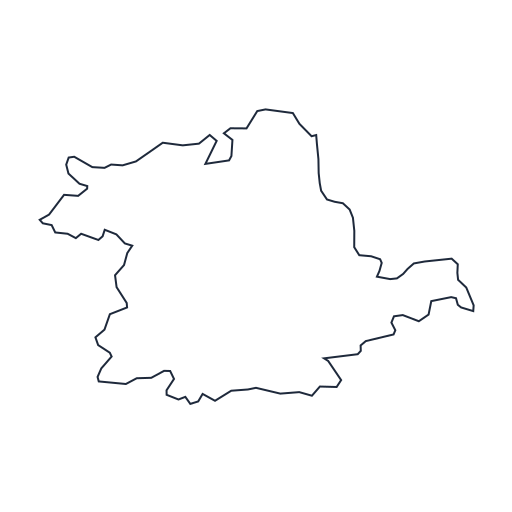 the Administrative County of Worcestershire, rotated 174°
{"feature_id": "GBR-2776", "entity_name": "Worcestershire", "entity_type": "Administrative County", "adm_level": 1, "iso_a3": "GBR", "parent_name": "United Kingdom", "parent_adm1": "", "projection": "equal_earth", "projection_center": [-2.174, 52.204], "detail": "fine", "context": "isolated", "style": "outline", "palette": "slate", "viewbox_px": 512, "rotation_deg": 174, "n_neighbors": 0, "source": "natural_earth", "source_scale": "10m", "svg_char_len": 1770}
<svg xmlns="http://www.w3.org/2000/svg" viewBox="0 0 512 512"><g transform="rotate(174 256 256)"><path d="M467.3,314.6L457.5,318.8L440.5,336.9L426.6,334.4L416.9,340.6L416.5,343.2L424.0,346.3L433.9,357.6L435.2,366.7L432.0,373.5L426.4,373.7L409.5,361.5L397.4,359.5L390.5,362.1L379.2,360.1L365.5,362.6L336.9,378.4L317.3,373.7L301.0,373.7L289.4,381.2L283.1,374.6L296.7,352.9L272.8,353.9L270.0,358.0L267.3,373.9L275.1,381.4L268.1,385.7L252.1,383.9L239.6,400.0L231.2,400.8L204.4,394.3L199.0,382.9L188.2,369.3L183.5,370.0L183.7,361.3L183.8,345.8L185.0,331.9L185.0,321.8L184.4,314.1L179.5,304.8L172.1,301.7L164.1,299.4L158.0,292.4L155.6,283.9L155.6,270.7L157.4,254.5L153.2,246.0L141.5,243.7L132.9,239.8L131.7,236.0L134.8,228.2L137.9,222.8L125.0,219.0L118.2,219.0L111.5,222.8L106.5,227.4L99.8,232.1L88.7,232.9L74.0,232.9L61.7,232.9L56.2,226.7L57.5,218.2L57.5,211.2L50.2,202.7L44.7,184.2L45.7,178.5L57.4,183.4L60.4,186.4L61.5,193.1L66.2,194.7L86.4,192.8L90.5,179.7L100.9,174.1L116.2,181.9L125.1,181.6L128.3,175.6L125.2,167.6L127.4,163.6L155.7,159.9L161.3,156.1L161.7,150.7L165.1,147.7L199.0,147.1L195.2,144.1L184.3,123.7L189.5,117.3L206.1,119.5L215.0,111.2L227.2,116.1L246.2,116.6L269.8,124.9L278.0,124.1L294.7,124.6L311.9,116.3L323.5,124.4L328.7,117.4L336.8,115.8L341.0,123.3L348.1,121.4L359.4,127.3L359.0,131.8L350.4,142.3L353.4,150.6L359.4,151.4L372.9,145.8L387.4,146.9L398.8,142.3L425.5,147.7L426.2,152.3L421.6,160.4L410.1,171.1L411.5,175.1L422.3,183.9L424.2,191.9L414.4,198.6L407.4,213.4L389.6,218.3L389.5,222.8L397.9,239.6L398.2,251.6L388.2,260.8L383.7,272.4L378.0,279.2L385.1,282.2L392.6,292.1L403.7,297.9L406.5,291.6L411.1,288.4L427.6,296.4L433.3,292.6L441.0,297.8L453.2,300.4L456.0,308.1L464.6,310.8L467.3,314.6Z" fill="none" stroke="#1e293b" stroke-width="2"/></g></svg>